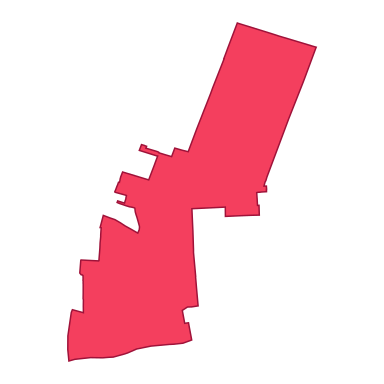 the district of Grojdibodu, Romania
{"feature_id": "2599482B80602917184212", "entity_name": "Grojdibodu", "entity_type": "district", "adm_level": 2, "iso_a3": "ROU", "parent_name": "Romania", "parent_adm1": "", "projection": "robinson", "projection_center": [24.245, 43.755], "detail": "fine", "context": "isolated", "style": "filled", "palette": "rose", "viewbox_px": 384, "rotation_deg": 0, "n_neighbors": 0, "source": "geoboundaries", "source_scale": "gbopen_adm2", "svg_char_len": 2742}
<svg xmlns="http://www.w3.org/2000/svg" viewBox="0 0 384 384"><path d="M68.9,361.0L74.9,359.3L90.6,357.6L102.7,357.8L108.9,357.3L113.2,357.1L125.1,353.8L125.9,353.5L127.5,353.0L128.2,352.7L136.6,349.0L150.9,346.1L168.4,344.5L169.2,344.4L169.7,344.4L173.8,344.2L183.0,343.2L191.7,340.0L189.3,327.2L188.5,322.8L184.7,323.3L182.3,310.4L184.9,308.7L187.5,307.0L191.7,306.9L198.1,305.9L196.7,290.2L195.6,277.1L195.7,276.6L193.5,252.5L193.5,249.6L192.9,231.0L192.5,222.5L191.9,208.7L217.3,207.5L225.3,207.1L225.4,216.4L240.8,215.7L250.9,215.3L259.3,215.1L259.0,205.3L257.5,205.4L257.1,198.4L257.0,197.1L256.7,192.6L257.0,192.5L258.2,192.3L260.0,192.2L261.5,192.0L263.0,191.9L266.5,191.7L266.5,190.8L266.5,190.4L266.4,190.4L266.4,189.4L266.6,189.4L266.6,188.7L266.5,187.9L266.5,187.7L266.4,186.1L264.0,186.1L265.0,182.2L265.9,180.5L267.0,176.8L267.2,176.3L280.3,141.3L288.9,118.3L303.0,82.6L305.3,76.5L312.3,57.6L315.6,48.7L316.2,47.2L313.4,46.4L278.1,35.8L277.3,35.5L272.3,33.9L239.1,23.6L238.2,23.3L237.7,23.2L237.3,23.0L227.7,48.3L225.3,54.8L224.0,58.2L223.8,58.7L224.1,58.8L216.6,77.9L212.7,87.8L210.6,93.6L206.1,105.1L203.7,111.1L201.5,116.8L198.9,123.4L196.7,129.0L188.2,151.7L182.1,150.2L174.8,148.1L171.6,156.6L165.7,154.9L158.9,152.8L158.9,152.4L158.6,152.2L158.1,151.9L157.6,151.7L156.1,151.2L146.3,148.3L145.9,148.2L146.6,146.3L144.6,145.6L144.1,145.3L143.2,145.1L141.5,144.6L139.3,150.4L157.1,156.0L157.3,155.9L157.7,156.0L155.3,162.4L154.6,164.4L148.7,179.9L122.6,172.0L120.6,177.1L120.5,177.8L120.2,178.7L120.1,179.3L119.9,180.8L119.6,181.5L119.4,182.1L119.4,182.4L118.5,182.3L117.5,185.1L117.3,185.5L116.9,186.4L115.6,189.9L114.8,191.7L114.8,191.9L114.9,192.1L115.6,192.4L125.0,195.0L125.9,195.3L126.3,195.4L126.5,195.6L126.4,196.0L126.0,197.2L126.0,197.8L125.9,198.5L125.7,199.3L125.0,201.5L124.5,203.1L117.7,200.9L117.1,202.5L119.7,203.6L121.9,204.3L123.6,204.9L125.9,205.7L126.8,206.0L127.6,206.2L129.4,206.8L130.2,206.9L131.9,207.2L133.1,207.5L133.8,207.7L134.6,207.9L134.8,208.1L134.9,208.4L135.1,210.6L135.3,212.0L135.5,212.8L136.0,214.5L137.0,217.5L138.1,221.4L138.6,223.2L139.2,225.4L139.4,226.1L139.5,227.1L139.4,228.2L139.2,229.8L139.0,230.3L138.7,230.9L138.4,231.6L137.8,233.1L131.4,229.4L124.9,225.8L120.4,222.8L114.9,219.6L109.9,217.9L103.3,215.4L100.1,227.6L101.2,227.8L101.0,230.2L100.7,235.0L100.7,235.9L100.7,236.8L100.1,242.9L99.9,248.1L98.9,260.7L98.6,260.9L81.0,260.0L80.8,260.2L79.8,272.9L79.9,273.2L80.3,273.7L81.2,274.8L82.0,274.9L82.4,275.0L82.7,275.3L83.0,275.6L83.1,278.4L83.0,280.6L83.1,281.1L83.2,281.5L83.1,283.1L83.2,284.0L83.2,292.9L83.1,298.8L83.4,299.8L83.3,306.3L83.4,312.7L72.4,309.7L71.3,312.4L68.5,331.7L67.9,335.9L67.8,349.6L68.9,361.0Z" fill="#f43f5e" stroke="#9f1239" stroke-width="1.5"/></svg>